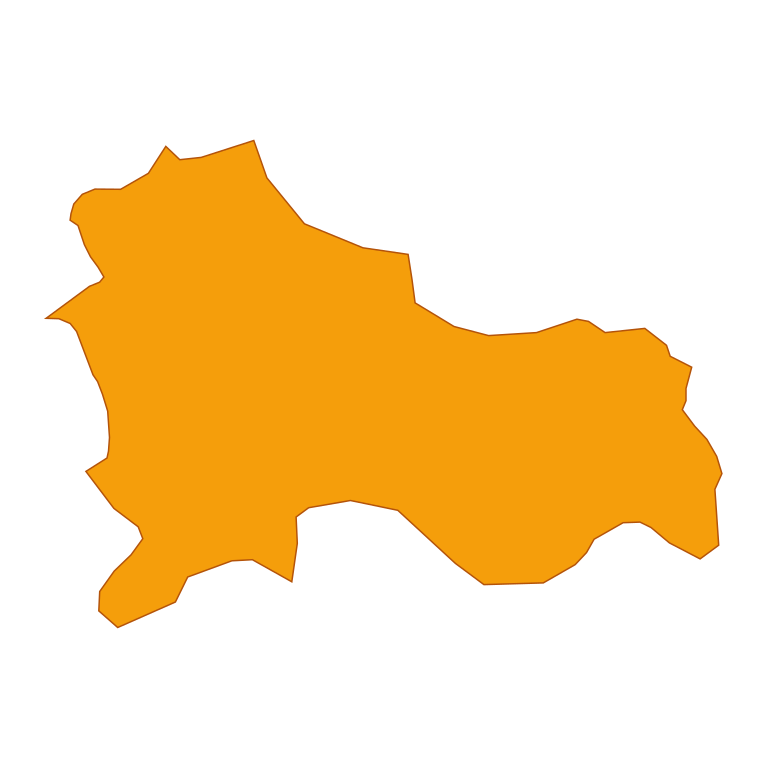 an SVG outline of Ljubljana
{"feature_id": "SVN-962", "entity_name": "Ljubljana", "entity_type": "Statistical Region", "adm_level": 1, "iso_a3": "SVN", "parent_name": "Slovenia", "parent_adm1": "", "projection": "albers", "projection_center": [14.556, 46.06], "detail": "fine", "context": "isolated", "style": "filled", "palette": "amber", "viewbox_px": 768, "rotation_deg": 0, "n_neighbors": 0, "source": "natural_earth", "source_scale": "10m", "svg_char_len": 1132}
<svg xmlns="http://www.w3.org/2000/svg" viewBox="0 0 768 768"><path d="M718.7,545.2L700.1,558.9L669.4,542.9L651.0,527.5L640.0,522.1L623.1,522.7L594.1,539.2L586.5,552.6L575.2,564.6L543.3,582.9L483.9,584.6L455.4,563.4L397.8,510.3L350.4,500.5L308.7,507.7L296.1,517.0L297.3,543.4L291.8,581.8L252.4,559.7L231.9,560.8L187.7,577.0L175.4,602.0L117.7,627.5L98.8,610.9L99.7,591.5L114.2,571.1L131.1,554.8L142.8,538.7L138.2,526.8L113.9,508.4L85.9,471.4L107.0,458.0L108.5,451.2L109.5,437.5L107.7,411.2L102.5,394.3L97.6,381.6L93.0,374.8L76.6,331.5L70.2,323.5L58.9,318.7L46.1,318.3L89.5,286.3L99.6,282.2L103.9,277.0L98.1,267.2L90.5,256.8L84.4,244.7L78.0,225.5L70.1,220.2L71.0,213.7L73.8,204.0L82.3,194.3L94.9,189.1L120.6,189.3L148.4,173.3L165.8,146.4L179.8,159.7L201.2,157.4L253.8,140.5L266.9,177.9L304.4,223.8L362.9,247.8L408.1,254.4L412.0,279.5L415.1,302.9L454.0,326.5L488.6,335.6L536.5,332.6L576.9,319.2L588.5,321.4L605.1,332.6L644.8,328.4L666.5,345.3L670.2,356.3L691.7,367.2L686.0,388.5L686.0,400.7L682.3,409.7L694.6,426.1L706.9,439.4L716.7,456.4L721.9,473.6L714.9,489.3L718.7,545.2Z" fill="#f59e0b" stroke="#b45309" stroke-width="1.5"/></svg>